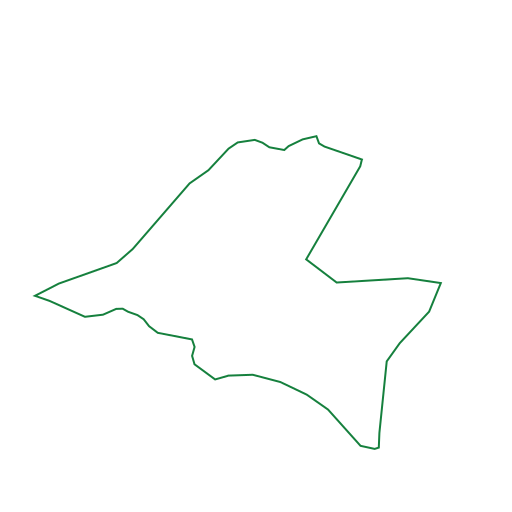 outline of Ulcinj, rotated 113°
{"feature_id": "MNE-1497", "entity_name": "Ulcinj", "entity_type": "Municipality", "adm_level": 1, "iso_a3": "MNE", "parent_name": "Montenegro", "parent_adm1": "", "projection": "equal_earth", "projection_center": [19.282, 41.979], "detail": "fine", "context": "isolated", "style": "outline", "palette": "green", "viewbox_px": 512, "rotation_deg": 113, "n_neighbors": 0, "source": "natural_earth", "source_scale": "10m", "svg_char_len": 793}
<svg xmlns="http://www.w3.org/2000/svg" viewBox="0 0 512 512"><g transform="rotate(113 256 256)"><path d="M384.4,68.1L387.2,71.4L389.9,85.6L369.2,129.7L363.8,155.1L362.5,184.4L366.6,212.6L377.0,234.9L377.3,235.1L385.6,245.4L379.7,270.3L372.9,275.8L363.7,277.0L357.8,282.3L365.1,316.4L362.4,327.0L358.1,334.7L356.7,342.0L357.3,352.0L356.6,358.1L359.3,364.0L369.8,373.9L378.8,389.7L378.0,428.4L379.0,443.9L358.4,426.7L316.9,381.5L297.7,372.2L215.1,345.5L195.6,333.3L167.9,323.2L158.6,317.2L149.6,302.5L149.2,294.3L150.7,286.2L147.4,271.4L142.1,268.9L130.4,258.6L122.1,247.2L127.7,242.0L128.5,235.7L125.8,196.2L126.0,196.2L132.7,195.1L239.5,208.5L248.9,171.4L217.1,107.5L208.7,75.3L239.6,74.9L280.0,89.6L301.9,94.5L370.6,73.3L384.4,68.1Z" fill="none" stroke="#15803d" stroke-width="2"/></g></svg>